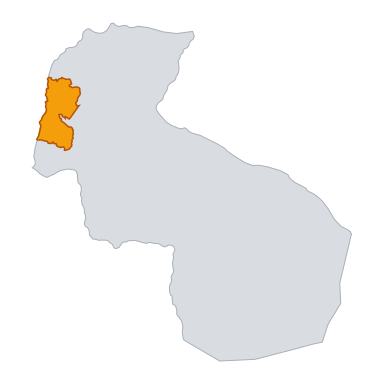 where Alto Paraná sits in Paraguay, rotated 180°
{"feature_id": "PRY-616", "entity_name": "Alto Paraná", "entity_type": "Department", "adm_level": 1, "iso_a3": "PRY", "parent_name": "Paraguay", "parent_adm1": "", "projection": "orthographic", "projection_center": [-55.001, -25.353], "detail": "fine", "context": "in_parent", "style": "filled", "palette": "amber", "viewbox_px": 384, "rotation_deg": 180, "n_neighbors": 0, "source": "natural_earth", "source_scale": "10m", "svg_char_len": 7492}
<svg xmlns="http://www.w3.org/2000/svg" viewBox="0 0 384 384"><g transform="rotate(180 192 192)"><path d="M201.1,58.1L202.0,61.0L202.5,63.3L203.8,64.9L205.1,67.1L206.4,68.2L207.4,70.3L207.1,72.6L207.7,75.5L208.4,78.1L209.0,78.8L210.9,79.4L211.8,81.7L211.2,82.9L211.5,84.3L212.2,85.6L211.6,86.9L211.9,87.9L213.2,88.7L214.4,92.0L214.6,97.5L213.4,100.6L212.4,103.0L212.2,104.5L213.0,106.7L211.8,109.3L210.3,112.5L210.7,114.6L211.0,116.6L211.2,118.8L211.6,120.9L211.1,123.0L210.7,125.0L210.5,127.1L211.1,129.6L210.0,131.9L209.4,133.5L209.2,135.2L210.4,137.7L213.3,138.8L215.6,139.0L217.7,137.6L219.4,137.1L222.4,138.3L225.2,140.4L228.7,140.6L231.9,141.0L234.3,141.6L237.8,140.7L241.5,141.5L245.8,142.7L249.3,143.7L252.9,143.4L255.5,143.2L258.3,141.9L260.9,142.0L262.9,139.8L264.0,137.9L265.0,136.6L267.9,135.4L269.9,136.1L271.6,139.6L274.5,141.6L275.7,143.1L277.8,143.8L282.5,143.9L285.4,143.7L288.7,144.8L290.8,144.8L292.7,146.7L294.5,149.0L294.8,153.2L296.4,156.4L298.6,157.6L299.7,159.7L299.3,162.5L298.3,165.4L298.5,168.5L299.6,171.4L299.6,174.2L300.4,177.1L301.9,179.5L302.4,183.5L302.2,186.3L303.2,188.0L303.6,190.3L303.0,192.2L302.7,194.8L302.8,197.1L303.6,199.0L305.9,201.4L306.5,205.8L306.5,208.8L307.5,212.3L309.4,214.0L312.4,214.5L315.9,215.0L320.1,214.2L323.8,213.3L325.9,212.3L330.1,209.7L333.7,208.2L335.5,207.3L337.3,206.6L340.9,208.3L344.2,210.3L346.9,213.2L351.7,216.3L350.7,217.1L348.8,219.7L348.8,222.7L350.2,227.0L348.9,236.1L345.1,250.1L343.5,258.2L344.2,260.5L342.8,264.6L337.7,273.4L337.4,279.3L336.8,297.0L335.1,309.4L332.2,318.7L329.6,323.6L327.3,324.2L325.6,325.6L324.6,328.0L322.7,329.9L319.9,331.5L318.4,333.2L318.2,335.0L315.5,336.2L310.5,336.8L307.5,338.3L306.6,340.7L305.0,342.7L302.5,344.1L301.3,346.5L301.4,349.8L300.0,352.6L297.0,355.0L294.3,355.1L291.7,352.9L288.4,351.4L284.1,350.7L280.6,351.3L277.7,353.2L275.3,356.2L273.1,360.3L270.7,361.0L268.0,358.3L264.6,357.5L260.5,358.6L257.2,358.3L254.8,356.5L251.0,356.4L246.0,357.8L235.8,356.4L220.3,352.0L207.2,350.5L191.3,352.6L189.8,347.8L190.6,345.1L193.1,343.1L194.7,340.8L195.3,338.2L197.0,336.3L199.9,334.9L201.1,333.5L200.7,332.2L201.3,331.0L202.9,329.9L203.8,328.3L204.0,326.0L204.6,324.9L205.7,324.0L205.8,322.5L205.1,317.7L205.0,313.8L205.8,310.8L206.7,308.9L207.4,308.4L208.0,307.3L208.2,305.5L209.2,303.7L214.3,300.1L216.2,298.1L216.3,296.4L217.0,294.0L220.0,288.9L220.9,286.5L221.0,285.3L222.0,284.0L225.7,281.1L227.6,278.4L227.9,275.9L226.9,273.1L224.8,270.0L218.0,262.2L212.8,258.8L206.1,255.9L201.8,255.1L199.7,256.2L197.6,255.4L195.4,252.8L191.7,250.8L184.0,248.7L166.4,239.9L159.4,235.7L156.9,233.0L150.3,228.3L139.4,221.5L131.1,218.4L125.4,218.8L116.3,217.1L103.6,213.3L96.1,209.4L94.0,205.4L89.2,201.5L81.7,197.8L77.7,195.3L77.4,194.0L75.2,192.4L71.0,190.5L66.3,187.2L61.2,182.4L55.6,174.8L49.6,164.6L43.2,157.8L36.7,154.5L33.4,152.2L33.3,151.0L32.3,149.9L33.1,147.9L35.0,139.7L37.8,127.9L40.7,115.6L44.2,101.2L43.8,91.2L43.3,80.6L48.8,71.5L52.8,65.1L56.2,59.0L59.5,48.8L61.7,41.9L71.0,39.9L86.9,35.6L94.9,33.5L111.7,29.1L128.7,24.7L146.8,23.8L164.3,23.0L178.0,31.0L188.5,37.1L200.0,43.9L200.8,45.4L201.7,51.2L201.1,58.1Z" fill="#d9dde1" stroke="#a8b0b8" stroke-width="1"/><path d="M338.0,279.2L337.9,279.9L338.5,281.3L338.6,282.1L338.1,282.5L336.8,282.4L336.4,282.8L336.4,283.9L337.1,286.0L337.2,286.8L337.4,287.4L338.2,288.4L338.5,288.9L338.4,289.8L338.0,290.6L337.6,291.2L337.4,291.9L337.7,293.7L337.7,294.5L337.4,295.1L337.1,295.2L336.2,295.3L335.9,295.4L335.7,295.9L335.7,296.3L335.8,296.7L336.0,298.0L336.4,299.3L336.4,300.2L335.6,302.9L335.7,303.5L336.4,304.3L336.5,304.8L336.3,305.3L335.9,305.9L335.6,306.4L335.5,306.5L333.3,306.4L332.9,306.3L332.7,306.0L332.6,305.8L332.6,305.5L332.7,305.2L332.6,304.8L332.6,304.7L332.4,304.6L332.2,304.4L331.5,304.1L331.0,303.8L330.3,303.7L329.7,303.7L329.4,303.8L329.1,304.0L328.6,304.4L328.4,304.5L328.2,304.6L327.9,304.6L327.6,304.5L327.3,304.3L327.2,304.0L327.2,303.8L327.4,303.2L327.4,302.8L327.3,302.7L327.2,302.6L326.8,302.7L326.6,302.8L326.4,303.1L326.1,303.5L325.6,304.5L325.4,304.7L325.2,304.9L324.9,305.1L324.7,305.2L324.2,305.3L323.0,305.4L322.7,305.7L322.6,305.9L322.5,306.2L322.4,306.3L322.2,306.5L321.9,306.4L321.6,306.3L321.1,305.9L320.7,305.6L319.5,305.3L318.6,304.9L318.2,304.8L317.9,304.8L317.2,304.7L314.4,304.9L313.7,304.1L312.4,300.1L314.3,299.0L314.6,298.7L314.8,298.3L314.8,298.0L314.5,297.7L314.3,297.5L314.0,297.4L313.3,297.4L313.0,297.3L312.8,297.1L312.6,296.9L312.5,296.7L312.3,296.5L312.1,296.4L311.9,296.3L310.7,296.7L310.0,296.8L309.0,296.9L308.1,296.8L307.8,296.9L307.3,297.1L307.0,297.1L306.7,297.0L306.2,296.7L304.7,296.1L304.3,295.6L304.2,295.2L304.3,294.1L304.3,293.7L304.0,292.8L304.0,292.4L304.2,292.0L304.0,291.6L303.9,291.3L303.7,291.0L303.7,290.6L303.9,289.8L304.6,288.2L305.5,287.4L305.7,287.1L305.9,286.7L306.5,284.9L306.6,284.3L306.7,283.4L306.9,282.8L307.2,282.4L308.1,281.5L308.3,281.2L308.4,280.9L308.3,280.6L308.2,280.3L307.7,279.7L307.5,279.3L307.5,279.0L307.5,278.7L307.4,278.4L307.2,278.2L306.7,278.1L306.3,278.0L305.0,278.4L313.6,266.3L314.7,265.0L315.1,265.1L315.8,265.5L316.8,266.5L317.2,266.7L318.1,267.0L318.5,267.2L319.0,267.1L318.9,266.7L318.7,265.9L318.7,265.5L318.9,265.7L319.3,266.3L319.5,266.6L319.8,266.8L320.1,266.9L320.7,267.0L321.3,267.2L321.6,267.6L321.7,268.1L321.8,268.6L322.3,269.5L323.2,269.6L324.2,269.7L325.1,269.4L325.0,268.9L325.0,268.7L324.9,268.5L324.8,268.3L324.6,268.0L324.5,267.8L324.4,267.6L324.4,267.4L324.4,267.1L324.5,266.4L324.4,266.1L324.2,265.9L323.2,265.5L323.0,265.4L322.8,265.2L322.7,265.1L322.6,264.9L322.6,264.7L322.9,263.9L322.9,263.6L322.9,263.4L322.8,263.2L322.6,263.1L319.5,260.8L316.5,258.0L316.3,257.7L316.1,257.5L316.0,257.4L315.7,257.4L315.5,257.5L315.3,257.5L315.2,257.4L314.9,257.1L314.7,257.0L314.5,256.9L314.3,256.9L313.7,257.0L313.4,257.0L313.1,256.9L312.9,256.9L312.7,256.8L312.5,256.7L312.4,256.6L312.1,256.3L312.0,256.1L311.9,255.9L311.7,255.5L311.6,255.1L311.4,254.8L310.9,254.1L310.9,253.9L310.8,253.5L311.0,253.0L311.0,252.6L311.0,252.4L310.9,252.2L310.9,251.9L310.8,251.6L310.9,251.0L310.9,250.7L310.8,250.3L310.7,250.1L310.7,249.8L310.7,249.4L311.0,249.1L311.3,248.5L311.4,248.1L311.4,247.7L311.1,246.8L310.9,246.0L311.0,245.5L311.1,245.3L311.4,245.1L311.7,244.9L311.9,244.4L312.0,243.9L311.9,242.2L312.1,241.8L312.5,241.1L312.5,240.7L312.5,240.3L312.2,239.4L312.2,238.8L312.2,238.4L312.4,238.0L312.5,237.8L313.7,236.4L314.6,235.0L318.8,233.6L319.6,233.8L319.4,235.3L319.5,235.8L319.7,236.3L320.2,236.8L320.7,237.0L321.2,237.1L321.7,237.0L322.6,236.6L323.1,236.5L323.5,236.5L326.3,237.5L327.0,237.9L327.5,238.3L327.6,238.7L327.5,239.0L327.4,239.4L327.4,239.6L327.5,239.9L327.7,240.1L328.0,240.2L328.3,240.3L329.7,240.3L330.2,240.4L330.5,240.5L330.6,240.9L330.6,241.1L330.6,241.5L330.8,241.8L331.0,241.9L331.4,241.8L331.6,241.6L331.8,241.4L332.0,241.2L332.2,240.9L332.4,240.7L332.7,240.5L333.1,240.4L333.5,240.5L333.9,240.7L334.2,240.8L334.5,240.9L335.3,240.7L335.6,240.6L335.8,240.7L335.9,240.9L336.3,241.9L336.5,242.3L336.8,242.6L337.1,242.7L340.0,243.2L341.1,243.5L342.1,243.9L343.0,244.1L343.9,244.1L344.8,244.0L345.8,244.0L346.3,244.1L347.2,244.5L346.7,245.9L345.6,247.5L345.3,248.2L343.6,255.7L343.2,257.1L343.2,257.8L343.2,258.5L343.5,259.3L344.4,260.9L344.5,261.7L344.2,262.4L342.9,263.6L342.5,264.3L341.7,267.0L340.7,268.5L340.0,269.4L339.0,270.4L338.1,271.9L337.7,273.4L337.6,273.8L337.6,274.7L337.7,275.6L338.1,276.4L338.4,277.1L338.3,278.1L338.0,279.1L338.0,279.2Z" fill="#f59e0b" stroke="#b45309" stroke-width="1.5"/></g></svg>